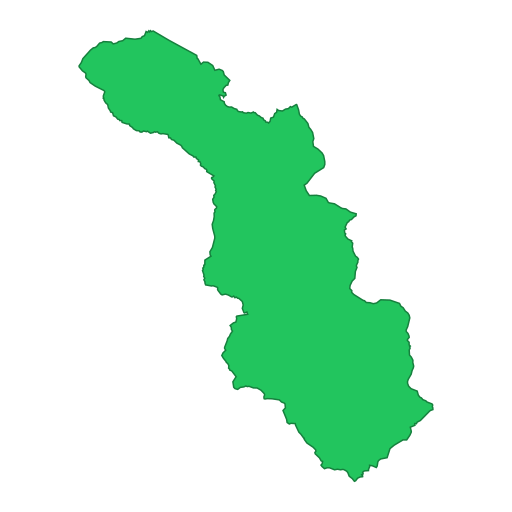 Chiojdu, Buzau, Romania (Natural Earth projection)
{"feature_id": "2599482B83963244368666", "entity_name": "Chiojdu", "entity_type": "district", "adm_level": 2, "iso_a3": "ROU", "parent_name": "Romania", "parent_adm1": "Buzau", "projection": "natural_earth1", "projection_center": [26.168, 45.421], "detail": "fine", "context": "isolated", "style": "filled", "palette": "green", "viewbox_px": 512, "rotation_deg": 0, "n_neighbors": 0, "source": "geoboundaries", "source_scale": "gbopen_adm2", "svg_char_len": 6041}
<svg xmlns="http://www.w3.org/2000/svg" viewBox="0 0 512 512"><path d="M432.0,403.9L427.0,402.0L425.8,400.8L422.9,399.7L421.4,397.9L419.9,397.2L418.3,395.1L417.2,391.1L411.1,388.7L408.7,386.3L407.6,383.5L407.5,381.6L408.2,379.4L411.2,374.2L412.1,370.5L413.3,367.9L413.7,366.1L412.8,362.5L412.9,360.2L411.3,357.1L409.5,355.1L409.2,350.1L410.1,348.1L409.6,346.7L410.3,346.1L409.1,344.9L409.1,342.3L407.3,340.4L407.6,339.3L409.2,337.4L409.0,336.0L408.0,333.5L406.3,331.6L406.1,330.1L407.7,326.6L409.8,317.9L409.2,315.3L407.8,313.0L405.3,311.1L403.2,307.8L400.8,306.1L399.5,303.4L389.9,300.1L380.7,299.8L376.6,303.0L373.3,303.7L369.9,302.7L366.3,302.5L364.5,300.7L363.0,300.3L353.8,294.5L351.7,292.4L351.8,290.6L349.7,288.5L350.1,285.4L352.2,281.0L354.8,278.4L355.4,271.4L357.0,267.4L356.4,266.1L356.5,265.1L357.9,262.1L357.8,260.7L358.5,259.1L357.3,257.4L355.5,256.1L353.0,251.1L352.7,248.1L352.2,247.1L352.7,243.2L351.3,241.7L351.7,240.8L348.0,239.1L345.6,236.4L345.0,235.1L345.7,233.9L344.7,232.9L344.4,230.0L346.1,228.9L345.1,227.1L347.3,222.5L348.7,221.7L349.6,220.1L351.5,219.5L354.0,216.9L356.0,215.8L356.2,213.8L350.4,212.1L345.9,208.9L342.5,208.5L340.7,207.7L334.5,203.8L329.3,202.9L328.3,202.4L326.0,198.3L320.7,196.0L316.5,195.3L309.4,195.5L306.2,190.7L304.2,185.1L306.9,183.3L314.6,173.3L323.7,167.6L324.8,164.5L324.8,161.6L323.6,155.6L322.1,153.0L318.0,149.1L313.5,146.4L312.8,141.6L313.8,138.6L312.6,132.5L310.7,129.4L308.9,127.3L307.9,123.5L304.3,118.9L303.0,118.3L302.1,116.8L300.7,116.2L299.4,114.2L298.6,109.9L296.7,104.6L296.3,104.5L291.7,107.2L290.4,106.6L288.4,108.6L285.5,109.1L282.4,111.0L278.6,110.5L277.1,109.4L276.6,112.3L274.7,113.6L273.5,117.1L270.7,118.1L270.1,121.4L268.6,123.0L267.8,122.3L265.8,122.1L265.4,120.9L263.6,119.8L263.0,118.2L261.2,117.5L259.3,115.9L257.5,115.2L255.2,112.7L253.9,112.6L253.4,112.0L251.0,113.1L248.0,112.5L246.4,113.2L243.2,112.7L242.6,111.8L241.2,112.0L238.5,111.5L237.4,110.6L236.8,109.3L234.1,108.5L231.6,107.0L229.3,107.1L227.5,106.6L225.6,105.2L224.4,103.4L224.2,101.8L220.4,99.7L219.9,96.8L218.9,95.7L219.3,94.9L220.5,95.1L223.0,95.9L223.6,97.3L224.1,96.3L226.1,95.1L225.4,92.7L223.4,92.2L222.9,89.7L223.8,87.9L226.2,85.3L227.8,85.1L228.4,82.6L229.8,80.4L224.2,75.0L223.3,71.6L222.3,70.5L219.1,69.2L214.9,70.3L212.7,65.5L207.9,62.3L203.5,62.1L200.9,64.2L197.9,58.8L197.2,58.5L196.7,55.4L168.8,40.2L153.2,31.0L151.2,31.6L150.5,30.7L149.5,31.9L148.8,30.8L147.5,32.4L146.1,31.5L144.5,35.7L142.2,36.6L141.3,38.0L140.3,38.4L135.0,39.2L125.7,38.2L122.7,40.7L118.8,41.5L116.8,43.0L113.2,43.9L111.2,42.0L103.3,41.6L102.0,42.5L99.6,43.1L96.7,46.5L95.2,47.5L93.2,47.9L90.5,50.1L82.9,58.6L81.3,62.6L79.1,65.8L79.1,66.8L82.4,70.8L85.6,73.1L86.0,74.2L85.7,76.9L86.1,77.9L89.0,80.5L90.1,82.6L95.2,86.1L104.1,90.6L104.8,91.8L103.4,95.7L103.3,97.2L103.7,97.8L103.3,98.3L103.9,98.8L104.1,100.2L105.7,102.9L107.7,104.6L108.4,108.1L110.3,110.8L110.6,112.0L112.6,112.7L113.5,115.8L115.9,116.9L117.8,119.2L119.4,119.6L119.8,120.6L121.7,120.6L122.1,122.4L126.8,123.9L129.4,124.1L129.7,125.6L132.5,127.5L133.4,128.8L136.4,130.6L139.1,130.8L140.1,132.0L141.9,132.1L143.6,131.0L146.5,131.7L147.5,131.2L150.5,133.2L153.5,132.5L154.5,131.7L155.7,132.2L157.3,131.7L159.0,133.3L161.0,133.9L162.9,133.6L167.7,134.4L168.2,134.9L168.8,137.8L170.5,137.9L171.5,139.5L173.9,140.2L176.8,143.1L180.8,145.2L181.9,146.5L182.3,147.7L189.2,153.9L193.0,155.9L193.7,157.0L196.0,157.1L196.4,158.5L198.5,159.8L198.3,161.5L199.9,161.7L200.8,163.8L200.4,165.0L201.3,166.1L203.4,167.0L204.7,168.6L206.0,169.1L206.9,170.2L206.7,171.6L213.9,175.9L212.5,177.4L211.7,177.5L211.5,178.1L211.9,179.0L214.2,181.1L213.9,182.6L215.5,185.9L215.0,187.0L216.1,189.2L215.6,190.5L216.3,191.7L214.8,194.4L213.8,195.3L214.0,197.3L212.7,199.2L213.2,202.3L214.0,204.0L216.7,206.7L216.4,208.2L214.9,209.4L214.7,210.1L215.0,211.8L214.1,213.1L214.2,216.7L213.5,220.7L212.2,224.3L212.7,228.4L214.7,236.0L214.8,238.1L212.4,247.5L209.9,251.8L210.2,254.9L211.0,256.2L204.9,260.1L204.8,264.7L203.8,265.2L203.8,267.1L202.8,268.1L203.2,269.5L202.5,270.5L204.0,275.0L203.7,276.5L204.8,278.1L203.9,279.8L205.1,282.0L204.9,282.8L205.6,284.9L211.6,286.0L213.0,285.7L217.1,287.2L217.7,287.8L217.6,289.5L218.0,290.4L220.8,294.1L222.1,294.9L225.5,294.1L228.3,295.0L231.6,296.9L232.4,296.9L233.7,296.1L234.9,297.7L236.4,297.1L237.6,298.2L238.9,298.4L242.3,301.5L243.2,305.0L242.3,308.4L244.0,312.7L244.5,313.0L246.9,312.0L247.7,314.3L236.8,316.1L236.3,316.8L236.7,318.7L235.9,322.0L233.4,322.9L230.1,325.5L231.3,327.3L231.4,329.5L232.5,331.1L230.4,334.1L229.5,336.3L227.7,338.5L227.2,340.7L224.6,347.4L224.6,348.4L225.7,350.2L223.0,352.9L221.8,355.5L223.5,358.4L226.1,361.6L226.3,362.4L227.7,363.5L228.8,365.6L228.6,368.2L229.4,368.8L229.7,370.0L231.8,371.0L236.1,376.7L232.9,381.8L233.7,387.2L235.0,388.6L237.7,389.4L240.3,387.4L243.9,386.9L245.8,386.0L247.4,386.6L249.0,386.3L253.4,387.9L257.1,388.0L261.0,390.2L264.3,393.7L264.6,394.9L263.9,396.9L264.1,398.7L265.0,399.0L267.2,398.6L272.1,398.8L279.4,399.9L281.5,402.0L284.3,403.1L285.0,403.9L285.4,407.9L283.0,410.5L286.6,419.3L287.1,422.5L289.3,424.0L291.0,423.3L295.3,423.6L295.5,425.0L298.9,432.2L300.9,434.2L304.0,438.5L304.3,438.4L304.3,439.4L306.9,443.0L313.1,447.2L315.7,449.9L315.9,451.3L314.9,452.4L315.2,453.8L319.5,457.9L321.2,460.9L322.6,461.4L322.2,463.7L321.0,465.1L322.1,466.6L324.5,468.7L327.0,467.8L329.5,467.8L334.6,469.8L337.5,469.2L340.5,469.8L342.7,469.4L343.9,469.6L346.7,471.2L347.8,472.6L349.2,476.2L352.3,478.6L354.4,481.3L355.6,480.8L357.6,478.2L360.0,477.0L362.6,476.7L362.7,476.0L361.7,474.7L362.8,474.3L363.1,473.7L362.6,472.3L364.3,470.9L368.5,470.6L368.6,469.2L369.7,466.5L369.6,465.3L372.4,465.8L376.3,467.5L377.2,466.0L377.9,461.6L378.9,460.3L380.6,459.0L387.1,457.7L390.0,448.6L394.3,445.1L403.0,439.9L406.7,439.9L409.9,435.2L411.2,432.3L411.3,431.4L410.3,427.2L414.9,425.3L414.6,423.8L414.8,423.5L416.4,423.7L417.2,422.1L420.4,420.5L429.6,411.1L430.6,410.4L432.9,409.6L432.8,407.7L432.3,406.9L432.7,405.0L432.0,403.9Z" fill="#22c55e" stroke="#15803d" stroke-width="1.5"/></svg>